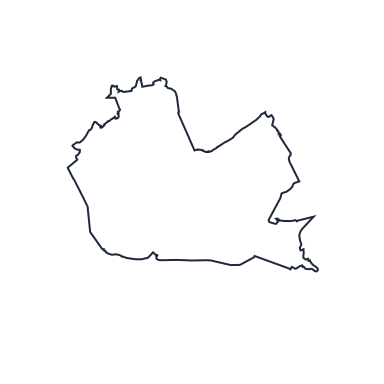 Cuitzeo, Michoacán, Mexico (orthographic projection), rotated 149°
{"feature_id": "50627088B4770354561434", "entity_name": "Cuitzeo", "entity_type": "district", "adm_level": 2, "iso_a3": "MEX", "parent_name": "Mexico", "parent_adm1": "Michoacán", "projection": "orthographic", "projection_center": [-101.122, 19.987], "detail": "fine", "context": "isolated", "style": "outline", "palette": "slate", "viewbox_px": 384, "rotation_deg": 149, "n_neighbors": 0, "source": "geoboundaries", "source_scale": "gbopen_adm2", "svg_char_len": 5877}
<svg xmlns="http://www.w3.org/2000/svg" viewBox="0 0 384 384"><g transform="rotate(149 192 192)"><path d="M100.4,108.2L115.7,112.9L117.2,112.8L117.6,114.4L117.7,114.5L122.3,116.2L128.1,119.8L130.7,121.9L131.2,122.5L132.8,125.5L133.8,125.8L133.3,122.5L133.2,122.4L135.0,121.9L135.9,121.4L136.8,121.7L138.7,123.6L141.2,126.5L140.8,128.5L119.5,141.2L116.8,143.7L116.2,144.5L115.2,144.6L113.8,144.3L112.3,143.9L110.9,143.6L109.5,143.7L108.4,143.7L107.5,143.8L106.0,144.0L105.0,144.3L103.2,145.0L101.9,146.0L100.5,146.9L99.2,146.8L94.6,145.8L92.8,167.9L92.1,170.0L91.7,171.0L90.3,172.2L88.2,173.1L87.3,175.0L87.4,175.6L87.6,180.2L88.0,193.0L88.0,194.1L87.8,194.1L87.7,194.7L87.3,194.7L87.2,195.3L86.6,195.2L86.6,196.8L87.9,197.0L86.8,199.0L87.5,200.7L87.3,201.0L87.2,201.1L86.9,201.2L87.2,202.7L87.4,204.5L88.0,205.1L88.3,206.6L88.9,207.9L84.4,212.4L84.1,216.3L84.4,217.0L84.8,217.1L85.3,216.9L85.8,216.9L86.7,216.9L87.0,216.8L87.6,216.9L88.1,217.1L88.3,217.6L88.5,217.8L88.6,218.1L88.7,220.7L88.8,221.1L88.8,221.5L88.1,222.7L89.9,222.6L90.9,222.7L92.0,223.0L93.0,222.7L94.2,222.2L94.4,221.9L99.8,220.7L101.2,220.7L106.9,220.3L112.7,220.0L116.4,220.2L119.1,219.8L121.1,219.5L122.2,219.3L123.6,219.3L125.9,218.7L127.5,218.1L129.2,217.4L136.4,217.4L137.2,217.7L145.1,217.4L146.6,217.2L146.8,217.3L147.2,217.3L147.2,217.5L147.9,217.2L148.5,217.1L149.4,217.1L151.7,217.2L153.0,217.0L155.3,217.2L155.3,217.4L155.4,217.5L155.5,217.5L155.9,217.4L156.2,217.5L156.5,217.6L156.9,217.6L157.2,217.8L157.3,218.0L157.3,218.3L157.7,218.1L157.9,218.1L158.0,218.2L158.0,218.3L158.1,218.5L159.1,218.8L159.9,219.6L160.3,220.4L160.4,220.7L160.8,221.0L161.7,222.0L161.5,222.3L161.4,222.4L161.5,222.5L161.9,223.0L164.7,225.1L164.7,224.9L164.8,224.9L165.2,225.3L165.5,225.4L165.9,225.5L166.2,225.5L166.5,225.6L166.7,225.8L167.3,226.1L168.2,226.4L168.4,226.4L163.4,265.9L163.0,266.8L162.7,266.7L162.1,267.2L161.8,267.6L162.0,267.8L161.6,268.4L161.5,268.5L156.6,279.8L155.6,282.4L155.6,283.0L155.4,283.2L154.8,286.3L154.8,287.2L156.0,289.7L156.0,289.9L156.5,291.1L158.3,292.7L159.2,293.7L159.3,294.2L159.2,295.1L159.6,295.9L160.2,296.4L159.1,297.2L158.0,298.3L157.2,299.2L156.9,299.7L156.8,300.6L156.5,301.8L157.4,303.0L159.8,306.0L160.2,305.8L160.9,305.7L161.1,305.5L161.5,304.4L161.6,304.1L162.3,304.8L163.2,305.5L164.4,305.5L166.4,306.1L168.7,305.9L169.2,305.5L169.4,304.1L171.2,304.0L173.5,305.2L180.4,307.8L179.2,310.9L179.2,311.7L178.8,312.2L178.7,312.7L178.6,313.6L178.6,313.8L178.6,314.0L178.0,314.0L177.7,315.0L177.1,316.7L178.6,316.9L181.9,315.5L182.7,314.5L183.9,313.4L184.9,312.5L185.8,311.7L186.2,311.4L187.2,311.5L188.0,311.5L188.6,311.6L189.4,311.7L190.2,311.6L191.8,309.8L198.8,312.8L199.8,313.8L200.1,315.0L201.0,315.3L201.4,315.5L202.4,315.6L203.0,315.7L202.5,316.0L201.9,317.0L201.9,317.4L202.4,317.7L203.1,318.2L203.1,318.8L201.8,321.5L202.4,321.7L202.9,321.9L203.4,322.0L204.0,322.1L204.5,322.6L204.9,323.1L204.7,323.5L205.2,323.6L205.4,323.4L205.7,323.6L205.8,324.3L206.8,323.8L206.8,323.6L208.5,322.1L209.9,319.7L211.0,317.9L216.3,316.6L209.3,312.4L211.3,300.9L211.2,300.7L211.3,299.6L211.6,299.4L212.1,299.1L213.2,298.9L214.0,299.0L214.3,298.9L214.2,298.5L213.8,298.3L213.9,298.1L214.1,297.8L214.9,297.6L214.7,297.4L214.6,297.2L214.6,296.8L214.9,296.5L215.4,296.5L215.4,296.3L215.5,295.7L215.6,295.0L215.9,294.8L216.4,294.0L217.1,293.7L217.7,293.8L217.9,293.9L218.2,293.9L218.6,293.7L219.1,293.9L219.4,294.5L219.7,294.4L219.9,294.6L219.9,294.9L219.8,295.1L219.5,295.3L219.5,295.6L219.6,295.9L219.3,296.1L219.3,296.3L220.3,296.1L220.8,295.8L221.6,295.8L222.8,295.8L224.5,295.9L225.3,295.7L226.1,295.4L226.7,295.6L227.1,295.9L227.8,295.9L228.0,295.6L231.9,295.3L231.8,295.1L232.2,294.7L232.6,294.4L234.7,294.0L235.2,293.7L236.3,293.7L237.3,294.3L237.3,294.9L237.2,295.1L236.6,295.3L236.1,295.3L235.9,295.5L236.1,295.9L236.7,296.5L237.6,298.3L238.1,300.6L238.6,301.6L239.2,302.2L239.7,302.2L240.2,302.1L240.8,301.4L241.8,301.0L243.2,300.0L244.1,299.1L244.9,298.5L245.7,298.1L246.7,297.7L248.2,297.6L248.4,297.9L249.4,297.5L251.9,295.9L253.9,294.8L257.2,293.4L257.6,293.2L257.8,293.1L260.1,292.6L262.3,292.3L262.8,292.3L263.4,292.6L264.3,293.1L264.5,293.5L265.2,293.9L266.3,293.8L267.4,293.7L269.4,293.6L270.5,293.4L270.7,293.2L270.7,292.6L270.4,291.8L270.2,290.8L270.2,289.9L268.7,287.6L267.9,287.1L267.2,286.5L266.6,286.1L266.5,285.9L266.4,285.7L266.5,285.6L266.8,285.1L267.4,284.5L267.9,284.2L267.9,283.8L270.8,282.6L272.6,282.7L273.0,282.5L273.1,282.3L273.2,281.8L273.5,281.3L273.7,280.7L273.7,280.1L273.6,278.9L273.8,278.8L274.6,278.6L285.2,277.0L286.1,276.7L286.2,273.8L286.3,273.8L286.3,272.7L286.8,266.1L286.8,265.3L286.9,265.2L286.7,262.8L287.1,258.1L287.3,254.2L287.9,247.0L288.0,244.9L289.0,233.3L299.9,210.2L298.3,189.0L297.0,188.5L297.5,187.0L296.5,186.0L296.9,184.9L295.8,182.8L293.4,179.8L291.5,178.7L289.2,177.8L288.0,176.6L286.1,174.7L285.3,172.5L284.6,172.4L283.2,170.6L282.3,169.4L279.3,166.9L274.3,162.9L272.2,161.7L269.8,160.3L263.7,158.3L256.4,160.3L255.4,156.6L254.3,155.9L254.5,155.3L256.2,154.8L256.8,153.0L255.5,150.7L252.4,148.7L240.6,142.0L229.7,134.9L227.8,133.6L214.1,125.7L211.3,123.8L196.4,109.4L188.8,105.0L187.7,104.8L172.6,104.1L171.3,104.9L152.8,82.1L148.2,76.4L147.5,75.0L145.0,76.4L142.8,72.8L140.3,72.8L137.8,72.8L135.9,72.5L135.4,72.4L135.6,70.8L135.0,70.9L134.5,69.6L134.4,68.2L134.1,67.6L131.1,65.3L130.8,65.2L130.4,65.2L130.1,65.1L128.7,64.3L128.2,62.9L128.0,62.6L127.7,62.0L127.7,61.7L127.6,61.3L127.4,60.9L126.0,59.7L124.1,60.5L123.7,62.0L124.3,63.7L124.7,64.7L124.9,65.2L125.8,67.0L126.5,70.7L126.3,70.9L126.2,72.3L126.4,72.2L126.4,72.8L127.6,73.0L127.0,75.1L129.4,75.5L130.4,78.2L129.4,80.1L128.2,81.4L128.2,81.5L127.6,82.3L126.8,83.9L125.9,85.5L127.0,85.6L127.7,85.7L128.4,86.0L129.0,86.1L128.2,88.8L125.5,90.4L124.8,92.6L124.4,94.6L122.5,99.5L119.8,102.0L117.0,103.5L100.4,108.2Z" fill="none" stroke="#1e293b" stroke-width="2"/></g></svg>